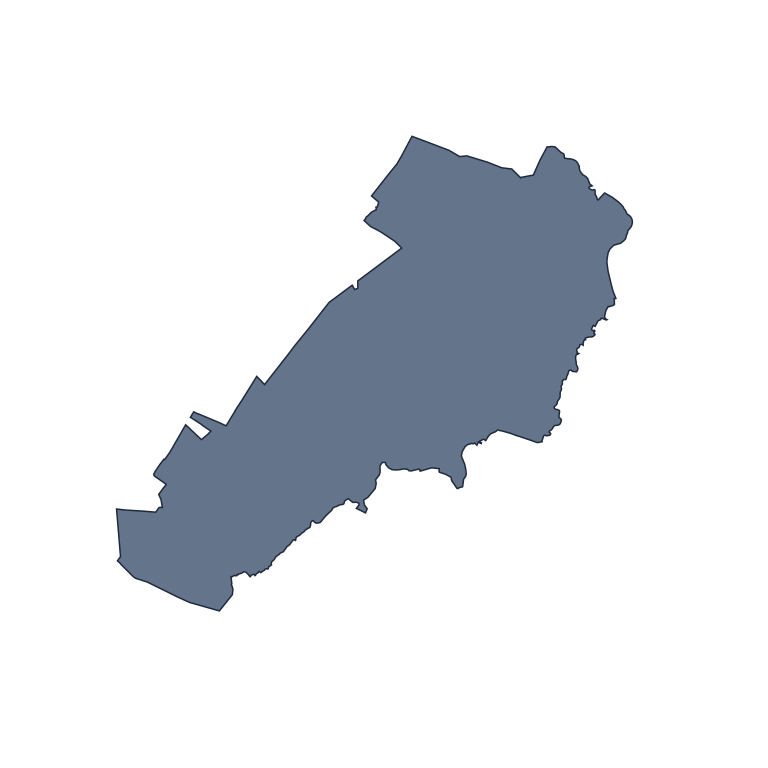 outline of El Salto, Jalisco, Mexico, rotated 299°
{"feature_id": "50627088B25488559154572", "entity_name": "El Salto", "entity_type": "district", "adm_level": 2, "iso_a3": "MEX", "parent_name": "Mexico", "parent_adm1": "Jalisco", "projection": "orthographic", "projection_center": [-103.259, 20.539], "detail": "fine", "context": "isolated", "style": "filled", "palette": "slate", "viewbox_px": 768, "rotation_deg": 299, "n_neighbors": 0, "source": "geoboundaries", "source_scale": "gbopen_adm2", "svg_char_len": 6138}
<svg xmlns="http://www.w3.org/2000/svg" viewBox="0 0 768 768"><g transform="rotate(299 384 384)"><path d="M670.3,411.6L670.1,411.7L655.8,411.9L639.1,413.3L630.9,403.4L630.6,403.5L634.0,391.5L630.2,382.2L628.2,367.1L623.7,345.9L619.6,339.9L619.9,327.5L614.2,288.4L592.7,288.8L582.6,288.6L570.3,286.4L542.4,281.9L540.5,291.2L535.5,292.2L534.7,291.2L532.8,292.8L529.8,290.7L527.8,289.6L522.6,288.1L521.5,287.5L519.5,287.7L517.3,287.3L515.2,296.0L515.5,304.0L515.3,309.6L514.1,324.0L511.5,333.6L461.5,311.1L455.1,314.7L452.4,312.6L455.0,308.3L428.7,296.4L395.9,291.2L373.3,287.2L363.2,285.8L325.6,279.8L327.4,274.2L328.9,269.0L302.7,267.7L288.7,266.7L288.6,267.0L287.9,267.1L287.7,266.8L270.9,266.2L270.3,258.4L267.9,236.2L267.7,235.8L267.4,231.1L261.0,230.8L260.1,244.1L259.8,244.8L258.9,255.4L254.0,254.1L246.8,251.2L252.2,230.3L220.6,229.8L211.5,228.8L211.5,228.0L205.1,227.0L197.2,226.3L193.5,226.3L192.4,227.3L192.2,227.9L190.7,241.8L190.4,242.2L184.9,241.3L178.2,240.5L174.8,245.0L168.5,250.1L167.8,248.3L167.2,247.5L166.6,247.1L161.2,246.5L156.7,236.4L148.3,218.7L145.0,210.7L105.3,237.2L100.1,236.6L99.3,240.2L98.8,241.2L94.4,256.4L93.7,259.4L93.7,261.4L96.0,272.9L97.6,306.5L98.4,316.6L98.8,320.5L105.7,350.0L126.2,353.5L131.0,351.5L133.3,349.4L133.9,348.7L134.1,348.0L135.6,347.7L141.4,343.6L141.7,344.5L142.1,344.8L143.8,345.7L144.1,346.1L144.3,347.2L144.9,348.1L145.3,348.1L145.9,347.7L146.2,347.8L146.4,348.9L147.8,349.3L148.8,350.6L149.6,351.3L151.9,352.4L152.5,354.2L151.6,357.7L150.5,360.1L150.6,360.5L150.8,360.7L151.8,360.3L152.3,360.5L154.1,362.0L154.6,362.8L153.8,364.0L154.0,364.2L154.4,364.4L156.1,364.3L157.1,364.8L157.8,365.5L158.2,365.5L158.7,365.3L159.6,365.7L159.3,367.6L159.5,367.9L161.1,368.5L163.3,369.7L164.1,369.7L165.0,370.2L165.5,370.8L165.6,371.6L166.0,372.2L166.4,372.3L168.1,371.8L169.1,372.2L169.6,372.6L171.4,373.3L172.5,372.2L173.4,372.1L174.9,372.1L176.6,373.0L180.5,373.2L183.7,374.6L184.0,374.9L184.6,375.1L185.8,375.2L188.1,377.1L188.7,377.3L189.6,377.5L190.8,377.5L192.8,377.9L194.4,377.8L196.4,378.9L198.2,379.5L200.2,379.7L203.3,380.2L204.0,380.6L204.4,381.1L204.1,382.3L204.4,382.5L207.0,381.6L207.8,381.7L208.9,382.2L210.1,383.2L212.0,384.0L213.5,384.3L215.2,385.3L216.6,385.8L217.9,385.9L218.9,386.4L221.1,387.6L222.5,388.7L225.1,388.2L226.7,387.3L227.6,387.1L229.7,387.6L230.1,388.1L230.0,389.0L229.5,390.0L229.3,391.6L230.4,393.8L232.2,395.4L240.0,396.9L247.7,399.3L249.2,399.5L250.5,399.3L252.7,400.6L253.8,401.8L257.4,404.4L258.6,406.3L259.6,406.9L260.6,406.8L261.4,406.5L262.7,406.4L264.4,407.1L266.3,408.3L265.3,414.1L266.2,415.7L267.1,416.7L267.6,419.8L265.9,420.8L261.8,420.1L262.3,430.3L266.7,429.8L268.7,425.6L272.5,422.4L276.9,424.8L288.3,427.0L293.2,425.4L296.1,423.1L302.4,424.0L305.0,423.3L310.5,420.2L314.5,420.5L316.0,423.2L314.3,424.8L312.9,428.8L312.9,432.4L314.4,435.8L316.8,439.5L318.4,441.2L319.7,443.2L320.8,446.0L320.2,447.8L321.2,450.0L324.7,453.8L326.8,456.3L325.3,457.9L333.1,465.6L333.9,466.6L336.7,473.3L334.3,474.5L333.7,475.1L334.9,481.7L334.9,487.9L332.3,490.0L328.1,498.4L328.4,499.4L329.4,499.8L330.6,500.8L332.2,502.6L338.8,500.0L339.6,499.8L342.4,500.2L345.1,499.6L348.7,497.1L352.7,493.7L358.6,486.5L362.9,485.2L368.6,485.3L371.6,486.5L373.1,488.3L374.1,488.6L375.0,491.2L376.4,491.9L375.5,494.9L378.8,494.7L379.0,497.9L379.8,497.8L379.8,495.1L384.0,497.8L383.8,500.4L389.4,500.6L392.3,501.5L396.3,504.6L397.5,505.2L398.4,505.3L399.0,505.9L399.2,507.2L400.2,510.1L402.1,518.3L402.8,522.5L402.9,524.0L403.9,528.3L406.2,541.2L406.8,545.2L407.2,546.8L408.7,548.6L409.8,549.7L410.1,550.3L411.8,549.5L413.3,549.4L414.4,549.0L415.9,548.8L416.9,549.2L417.4,549.8L417.4,550.8L417.7,551.6L419.3,553.6L420.1,554.0L421.2,554.0L421.8,553.1L421.9,552.1L422.5,551.6L423.4,551.6L424.3,552.3L426.2,552.9L428.7,552.9L429.9,553.2L431.0,554.1L431.9,555.5L433.3,557.0L434.5,557.3L436.3,557.3L438.8,556.4L439.4,555.1L439.6,553.3L441.6,552.2L445.3,550.8L445.8,550.1L445.8,548.3L445.1,546.5L445.2,545.5L445.6,544.6L446.8,543.8L448.0,544.5L450.0,544.9L451.1,544.9L452.6,544.2L453.9,544.1L454.8,544.4L456.7,544.5L457.7,544.4L462.3,542.1L464.7,541.9L466.1,541.5L467.4,540.1L468.3,539.9L469.5,540.1L470.7,540.0L472.2,538.9L473.2,538.7L474.9,538.9L475.8,540.6L476.6,540.9L478.2,540.6L478.9,540.2L479.8,540.1L481.5,540.1L485.0,539.3L485.4,539.4L486.0,539.7L486.7,540.5L486.5,542.8L486.6,543.4L487.3,544.5L487.7,546.2L488.3,546.6L489.5,546.6L490.7,546.4L491.7,546.0L492.4,545.3L494.4,542.5L495.6,542.0L498.9,539.4L501.5,538.1L502.4,538.0L503.2,538.3L503.9,539.0L505.1,539.5L504.6,537.9L506.0,537.2L507.0,535.9L508.1,535.8L508.8,535.9L509.1,536.2L509.6,536.2L510.4,536.7L511.2,536.8L513.4,536.4L514.6,537.8L514.5,539.4L516.2,538.4L518.8,537.8L519.9,538.0L520.5,538.9L521.5,537.9L522.0,537.9L524.9,541.0L525.9,543.0L527.3,544.0L528.7,544.5L528.7,544.3L529.8,544.4L529.9,543.8L530.6,542.6L532.5,542.8L533.0,542.0L532.0,541.2L532.2,539.2L533.2,538.8L536.8,538.6L536.7,540.7L543.1,540.6L545.3,542.3L546.6,542.0L547.2,542.8L547.7,547.4L548.4,547.9L548.4,546.3L549.6,544.3L555.6,542.5L560.5,542.5L560.4,543.0L562.2,544.8L563.3,545.9L564.6,546.8L565.2,547.0L565.8,546.8L566.3,546.3L569.5,544.6L570.0,544.0L571.3,545.3L576.2,539.3L582.2,533.6L591.4,525.2L597.6,520.6L600.1,519.1L602.9,518.0L607.5,516.4L611.7,516.2L616.8,517.7L621.9,522.8L625.7,524.3L627.8,524.8L628.9,524.8L630.9,524.0L632.2,524.0L635.1,523.5L635.7,523.1L636.9,523.1L641.0,523.9L643.0,523.8L645.5,523.0L647.6,521.7L648.7,520.5L649.9,518.5L650.2,517.6L650.6,513.8L650.9,513.4L651.4,513.1L653.2,510.4L653.5,509.1L654.7,507.6L655.8,504.8L656.9,500.7L658.0,492.9L658.0,484.3L648.7,482.0L648.8,481.0L650.0,480.1L652.5,476.6L656.0,474.5L655.9,473.5L654.8,472.5L654.4,470.6L654.4,469.7L654.9,468.2L655.6,467.9L656.3,468.2L658.2,470.0L658.8,466.9L662.5,462.5L663.3,459.9L663.4,456.3L663.9,455.4L663.9,454.6L664.2,454.0L664.9,453.2L665.1,452.3L668.2,449.5L668.9,449.4L669.6,448.6L669.8,448.0L671.1,446.3L671.8,444.8L672.2,443.2L672.0,440.7L671.5,438.5L669.9,434.8L669.1,432.5L670.1,431.5L671.3,430.9L672.4,429.5L672.5,428.4L672.2,427.1L674.3,418.8L673.2,415.8L670.3,411.6Z" fill="#64748b" stroke="#1e293b" stroke-width="1.5"/></g></svg>